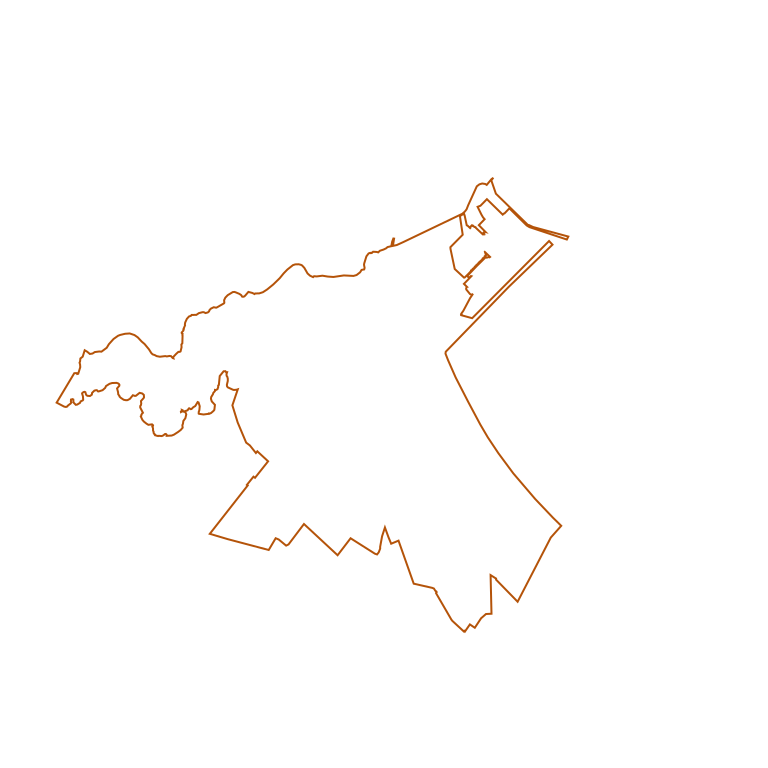 Navodari, Constanta, Romania, rotated 312°
{"feature_id": "2599482B88144558423890", "entity_name": "Navodari", "entity_type": "district", "adm_level": 2, "iso_a3": "ROU", "parent_name": "Romania", "parent_adm1": "Constanta", "projection": "equal_earth", "projection_center": [28.615, 44.33], "detail": "fine", "context": "isolated", "style": "outline", "palette": "amber", "viewbox_px": 768, "rotation_deg": 312, "n_neighbors": 0, "source": "geoboundaries", "source_scale": "gbopen_adm2", "svg_char_len": 6166}
<svg xmlns="http://www.w3.org/2000/svg" viewBox="0 0 768 768"><g transform="rotate(312 384 384)"><path d="M153.2,161.5L154.1,163.0L155.4,163.7L156.2,163.5L160.0,164.2L161.1,163.9L161.4,163.1L163.0,161.8L164.4,162.7L164.6,163.5L162.5,165.6L162.3,168.9L163.5,169.8L166.6,170.7L168.1,170.2L170.3,171.1L171.0,171.0L173.4,168.5L174.9,166.0L175.7,165.8L177.1,166.2L177.9,166.8L178.1,167.5L176.7,169.8L176.7,171.4L178.3,173.5L180.6,174.0L182.1,173.0L185.3,173.2L186.9,174.3L187.3,175.0L187.1,176.3L187.5,176.9L191.1,179.0L194.5,179.4L196.5,178.8L200.5,179.9L202.8,181.3L205.9,184.5L206.6,186.2L206.6,187.2L206.3,188.0L205.5,188.5L202.1,188.6L200.0,191.8L198.5,193.4L198.1,195.4L197.7,195.8L197.6,197.5L198.1,201.1L199.3,203.1L200.4,204.2L202.9,205.1L207.6,204.9L208.5,206.9L209.2,207.5L213.9,208.3L215.2,210.7L215.2,212.8L213.6,214.5L212.7,214.8L208.7,214.8L207.0,216.7L205.6,217.5L204.5,217.6L203.4,218.6L201.3,224.1L200.3,224.0L198.7,224.3L198.0,224.9L197.2,224.9L195.7,228.4L195.4,230.7L195.6,234.0L196.0,236.2L198.8,238.6L198.8,240.0L198.4,240.3L197.7,240.0L197.4,240.2L196.6,241.9L194.8,243.6L194.3,244.8L193.5,245.5L192.9,247.6L193.2,247.6L193.1,249.0L194.2,251.0L194.8,251.3L196.6,253.7L198.2,254.4L200.2,254.7L200.9,255.3L200.9,256.3L200.0,257.1L203.6,260.7L205.8,261.8L210.7,263.1L213.9,263.7L216.8,263.6L218.5,261.7L219.9,261.2L222.3,259.6L225.6,259.3L229.1,257.4L230.1,255.4L229.9,254.5L228.6,252.3L227.3,251.9L227.6,251.5L229.2,251.6L229.5,251.2L229.7,251.8L229.2,252.1L229.2,252.6L230.1,254.0L233.0,255.6L235.3,255.3L235.7,255.6L235.9,257.1L236.6,257.7L239.1,257.8L241.3,258.5L245.9,257.6L246.2,258.5L244.2,261.9L241.0,264.3L239.3,265.0L238.0,266.1L238.0,266.4L240.6,270.3L244.0,273.2L244.9,273.5L244.8,274.0L246.7,274.9L249.9,275.3L251.3,275.2L255.4,272.3L255.8,267.7L257.2,265.3L258.7,264.3L262.0,263.7L263.2,263.1L265.6,263.1L266.5,262.4L266.8,263.0L268.7,263.7L270.7,262.9L271.9,261.8L272.8,261.9L280.0,256.6L286.1,256.3L287.4,257.6L287.1,258.7L287.8,259.5L286.0,260.3L285.1,261.2L284.7,261.8L284.6,262.6L283.4,264.4L281.7,265.9L278.2,267.8L277.2,269.0L277.0,270.2L278.6,275.4L279.1,276.4L281.0,278.2L282.2,278.9L266.7,285.6L257.5,301.0L248.2,320.8L248.6,325.4L247.0,335.0L249.2,334.9L249.0,349.6L228.0,350.9L227.8,349.0L217.3,349.6L217.4,350.6L156.1,354.8L164.1,371.6L183.5,409.4L196.9,406.7L198.0,409.8L198.4,419.4L200.9,420.4L226.4,418.2L225.7,464.1L247.0,462.4L251.8,490.8L252.7,492.9L255.4,492.7L259.1,491.3L260.4,490.1L269.5,484.5L278.0,480.7L273.1,489.9L270.1,496.2L277.3,499.6L255.5,539.7L264.8,556.3L265.4,558.0L264.7,560.3L264.8,561.6L264.5,561.6L264.3,562.5L263.4,562.6L254.0,591.7L253.7,593.3L253.5,608.8L254.2,608.8L254.1,609.8L262.8,608.7L263.6,614.6L274.9,612.9L281.3,613.7L285.2,617.6L313.3,591.1L314.4,597.5L313.6,598.2L311.6,629.0L381.5,610.7L397.2,610.6L397.7,599.0L399.7,573.3L404.1,539.9L409.1,515.3L413.8,496.9L418.3,482.7L427.0,458.7L436.8,432.9L444.5,415.8L447.7,409.4L449.3,408.3L539.7,411.7L600.3,416.0L600.7,411.0L491.9,405.5L486.4,394.5L487.0,395.4L487.5,395.2L487.4,394.6L487.8,394.4L491.4,394.0L505.5,390.5L510.6,389.8L509.0,389.6L508.4,387.7L509.3,381.9L510.0,381.1L511.4,380.5L511.7,380.7L511.9,376.4L522.6,376.8L522.4,376.4L520.0,376.1L519.8,375.4L520.0,373.6L534.0,374.0L545.5,374.7L546.2,375.0L546.6,375.8L548.6,377.0L548.8,377.7L549.4,377.8L549.6,370.5L549.0,370.5L549.3,370.6L549.1,371.9L547.6,373.8L546.4,373.3L545.2,373.8L543.9,373.7L543.5,373.3L542.1,373.7L537.7,373.2L535.3,373.4L534.6,373.0L532.9,373.3L532.0,372.9L530.9,373.3L529.0,372.9L526.9,373.1L526.5,372.7L525.7,373.1L521.9,373.0L517.1,372.7L516.6,372.3L516.8,359.6L528.9,343.0L530.1,341.8L547.6,342.6L559.4,328.3L560.5,328.3L563.5,329.2L563.3,329.5L563.9,329.9L563.1,331.3L557.3,339.3L557.6,340.2L557.5,343.7L557.9,343.7L558.2,343.0L560.8,343.1L561.0,343.5L560.8,344.0L561.2,344.2L561.2,346.3L561.8,347.0L561.5,347.9L561.3,357.4L561.6,357.7L561.7,356.9L562.0,356.8L562.6,356.8L562.4,357.3L562.7,357.6L562.8,356.7L564.5,356.8L564.9,357.6L565.5,348.2L573.8,348.5L574.1,346.1L575.1,343.0L578.3,335.0L581.0,336.4L590.2,336.8L589.3,358.9L590.6,358.9L591.3,359.4L597.9,359.6L598.4,360.1L597.3,384.0L597.9,387.1L613.7,423.2L616.9,422.3L600.4,389.7L599.1,385.4L598.5,384.3L600.3,339.8L606.9,327.9L607.6,327.4L610.4,327.3L608.2,326.8L600.7,327.1L600.4,325.4L598.7,322.8L596.2,321.3L593.0,320.7L573.3,326.9L569.0,328.5L566.1,328.7L562.9,328.3L502.2,303.3L495.8,300.5L492.6,298.2L498.8,294.2L498.4,293.6L495.3,294.8L491.3,297.2L488.1,295.0L486.3,294.8L483.6,293.7L480.3,291.8L477.9,291.6L477.4,290.4L475.0,287.4L473.7,287.3L473.1,286.8L472.3,287.7L472.7,287.0L471.8,285.7L470.7,285.2L467.1,285.5L460.4,288.6L459.2,289.4L457.3,291.9L455.9,292.6L453.8,291.0L451.0,291.5L446.6,290.7L443.9,289.0L437.8,281.5L429.7,274.8L426.2,270.3L423.3,265.8L418.9,262.0L417.3,259.9L416.0,259.8L415.0,256.6L415.0,253.2L417.0,247.1L417.3,243.8L417.0,242.6L415.9,240.5L413.5,238.0L411.4,236.8L404.4,235.6L399.1,235.4L392.9,235.7L383.8,235.1L376.1,233.9L371.2,232.6L367.8,230.6L365.1,227.7L364.2,227.6L363.6,225.3L361.7,221.6L356.8,221.7L355.6,221.6L354.5,220.9L354.0,220.1L354.5,218.4L354.2,216.2L352.8,212.2L352.3,211.2L351.1,210.1L345.4,208.4L342.0,208.3L339.3,209.1L337.5,211.0L336.8,211.1L329.2,208.6L328.4,208.2L327.1,206.1L324.1,204.9L322.0,204.9L320.9,205.4L319.3,205.2L317.3,203.9L316.8,202.1L315.8,201.0L312.8,199.0L309.8,198.3L306.6,194.8L305.5,194.9L303.7,193.9L300.5,193.9L296.7,195.1L295.1,196.1L294.5,196.9L290.6,198.2L290.2,198.5L290.4,198.7L289.4,199.2L286.9,199.2L286.5,199.6L286.5,200.8L285.5,201.3L285.2,201.9L279.3,206.9L277.8,207.0L275.8,209.0L272.1,211.0L271.2,210.7L270.3,209.7L267.4,209.4L262.8,209.3L262.2,210.3L261.9,209.6L262.2,207.1L261.3,205.8L259.2,204.2L258.4,202.8L254.3,199.2L252.6,196.4L252.1,194.3L251.2,192.2L251.3,190.3L252.5,186.1L253.5,179.3L253.4,175.5L253.9,169.8L253.4,165.8L251.4,161.2L248.1,158.0L243.9,155.1L241.9,154.1L236.5,152.9L229.5,152.9L225.4,153.7L219.0,152.4L217.6,150.6L214.2,147.7L211.6,147.0L209.5,145.3L209.4,141.9L208.8,139.0L202.7,141.8L199.8,141.3L197.3,143.1L196.1,143.5L195.2,145.0L193.3,147.0L187.0,149.9L186.1,149.3L186.5,148.4L184.8,146.6L151.1,153.2L153.2,161.5Z" fill="none" stroke="#b45309" stroke-width="2"/></g></svg>